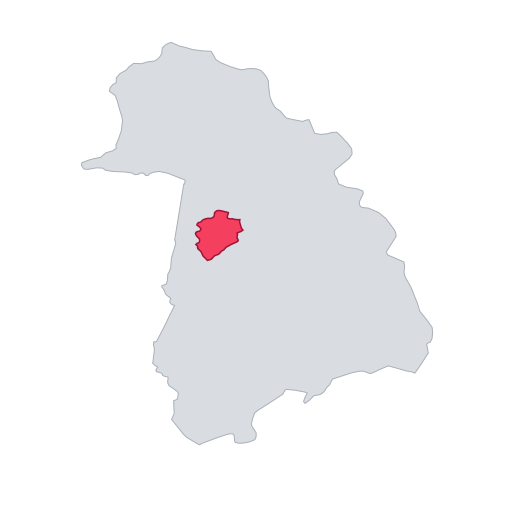 Ziro on a map of Burkina Faso (Equal Earth projection), rotated 100°
{"feature_id": "BFA-2821", "entity_name": "Ziro", "entity_type": "Province", "adm_level": 1, "iso_a3": "BFA", "parent_name": "Burkina Faso", "parent_adm1": "", "projection": "equal_earth", "projection_center": [-1.878, 11.634], "detail": "fine", "context": "in_parent", "style": "filled", "palette": "rose", "viewbox_px": 512, "rotation_deg": 100, "n_neighbors": 0, "source": "natural_earth", "source_scale": "10m", "svg_char_len": 4395}
<svg xmlns="http://www.w3.org/2000/svg" viewBox="0 0 512 512"><g transform="rotate(100 256 256)"><path d="M378.3,339.1L365.6,339.8L360.9,341.7L358.2,341.7L358.1,340.2L357.7,339.2L341.6,334.1L330.4,331.0L318.9,327.6L318.3,330.8L316.7,332.8L314.2,333.0L312.5,332.5L311.3,335.0L309.4,338.2L306.8,339.8L304.2,341.8L302.8,343.5L301.7,343.6L299.1,339.4L295.6,339.0L289.1,339.7L286.2,338.6L282.2,338.0L272.8,338.9L257.7,337.2L255.3,338.1L254.6,338.9L239.7,339.1L223.4,339.3L209.6,339.5L197.6,339.6L197.6,338.9L193.8,338.8L193.3,340.2L189.9,356.8L189.5,365.9L191.3,371.5L193.4,375.0L195.6,376.5L195.9,378.5L194.0,381.1L194.2,383.8L196.3,386.6L196.9,389.5L195.8,392.5L196.0,399.8L197.6,411.4L197.7,418.9L196.1,422.3L196.8,428.2L199.8,436.4L200.3,440.0L199.3,441.6L196.8,443.7L194.3,443.7L191.4,438.7L190.1,436.4L187.8,431.3L185.8,426.2L183.1,424.0L180.5,421.9L177.3,415.4L174.2,412.3L170.9,413.2L166.1,412.0L156.5,410.4L146.1,410.9L141.8,412.4L137.5,414.7L126.7,419.9L122.4,422.5L119.2,429.0L115.5,428.8L111.9,426.7L109.6,423.8L104.7,424.5L99.9,421.6L95.3,415.9L92.0,414.1L87.6,410.0L86.5,402.2L83.8,396.8L81.3,389.2L77.6,385.8L73.3,384.0L67.3,384.4L63.4,381.4L60.3,376.9L61.2,373.1L62.6,367.7L62.8,362.4L63.7,353.9L63.2,343.3L62.2,335.9L65.4,332.8L69.3,330.0L71.6,325.0L74.1,313.7L75.2,303.9L74.5,300.3L73.2,297.4L72.2,293.2L71.7,288.1L72.4,283.6L75.3,279.5L78.9,276.0L81.4,274.3L88.2,272.6L96.7,270.0L101.5,267.1L105.1,264.2L107.1,261.9L109.1,257.1L112.4,253.4L115.0,249.7L115.3,239.4L115.4,233.5L113.5,230.3L112.5,227.5L125.0,219.5L125.1,213.8L123.4,207.4L121.0,202.3L120.1,197.9L123.5,192.7L126.6,188.8L128.9,185.5L133.8,180.4L138.9,179.1L143.5,181.0L157.2,192.9L159.6,193.7L162.4,192.7L166.0,189.6L170.7,187.2L172.5,179.2L172.3,167.5L173.4,162.1L175.9,161.2L183.7,163.4L185.8,163.5L188.0,162.8L189.7,160.7L189.6,157.0L189.3,153.6L191.9,142.8L196.5,134.6L206.0,124.5L209.0,122.4L212.4,121.4L229.3,128.4L232.1,126.6L236.2,109.3L240.8,107.7L246.3,107.4L249.9,105.9L251.7,104.7L259.7,98.1L273.9,89.2L281.6,85.3L283.0,83.9L288.5,77.5L295.7,70.2L300.3,68.8L306.7,68.3L310.7,69.5L311.8,71.5L313.2,72.6L321.5,69.5L333.4,74.4L343.8,79.2L343.1,82.3L343.1,87.7L342.2,96.3L341.2,106.6L345.5,113.3L350.6,120.5L352.0,123.2L350.7,130.3L351.6,134.5L354.4,141.4L359.0,150.1L363.8,159.1L367.0,160.3L370.1,161.1L372.0,162.7L374.8,164.2L377.6,165.3L380.0,167.2L381.5,169.2L383.5,174.7L388.8,178.4L392.6,182.1L391.1,183.9L386.4,183.2L382.1,181.6L381.5,184.3L381.4,194.5L382.1,203.0L383.1,204.1L387.5,205.7L398.0,216.8L407.5,227.2L410.7,230.0L416.0,231.0L421.8,231.4L424.3,230.5L430.0,225.2L433.0,224.6L435.8,224.7L437.3,225.6L440.1,229.9L442.6,236.4L443.4,241.2L443.2,243.8L442.3,244.8L437.7,246.0L435.6,247.0L435.2,248.4L435.9,251.6L436.8,253.7L441.9,263.1L449.4,275.8L451.7,279.0L450.4,282.8L446.7,292.7L443.9,296.8L431.6,310.8L425.5,309.2L412.8,312.0L410.9,308.8L407.9,308.4L404.2,308.9L402.9,310.2L402.5,311.5L401.2,313.5L398.9,319.0L397.0,320.5L394.8,321.3L392.0,321.2L390.4,321.9L390.4,324.7L389.9,327.1L388.0,328.3L387.3,331.0L387.4,333.6L386.3,334.8L383.9,334.2L382.5,333.4L381.2,336.8L379.5,339.2L378.3,339.1Z" fill="#d9dde1" stroke="#a8b0b8" stroke-width="1"/><path d="M267.1,299.8L268.8,303.1L266.9,305.6L266.0,307.1L265.3,308.0L264.5,308.7L263.5,309.4L262.4,310.0L261.0,311.3L258.9,314.6L257.8,315.1L257.1,314.9L256.3,315.4L255.2,317.2L253.6,316.2L253.4,315.5L252.8,314.5L251.5,314.2L250.8,314.2L249.9,314.3L248.5,315.2L247.5,316.9L246.2,318.3L245.3,319.0L244.5,319.5L243.2,319.3L242.3,318.2L241.8,317.4L241.6,316.3L241.2,315.7L238.9,314.8L237.4,316.5L236.7,317.6L236.1,319.2L235.6,319.6L234.8,319.5L233.8,319.1L233.0,318.4L232.7,317.3L232.1,316.2L231.0,315.6L230.0,314.8L229.0,313.6L228.1,312.0L227.3,310.1L227.0,308.2L226.9,307.3L226.9,307.0L226.3,306.2L225.4,305.1L224.4,304.3L223.1,304.2L220.7,304.3L219.5,303.7L218.2,302.4L217.6,300.6L217.5,298.5L218.0,290.8L218.9,290.6L220.7,291.0L222.8,291.1L223.8,290.4L223.9,288.9L223.9,287.4L223.4,285.8L223.5,284.7L223.7,283.9L223.4,280.4L223.0,278.2L223.8,278.3L225.7,277.9L230.0,275.8L231.6,274.7L232.7,273.7L232.8,273.4L234.6,275.2L236.4,278.5L236.9,278.6L237.8,277.9L239.6,278.0L241.4,277.9L242.8,276.6L244.1,276.2L245.3,277.1L249.5,283.2L250.5,284.3L251.7,285.9L252.9,287.3L254.1,287.8L255.3,288.6L256.2,289.5L257.0,290.6L260.4,292.8L261.2,293.7L261.8,295.0L263.1,297.0L266.9,299.4L267.1,299.8Z" fill="#f43f5e" stroke="#9f1239" stroke-width="1.5"/></g></svg>